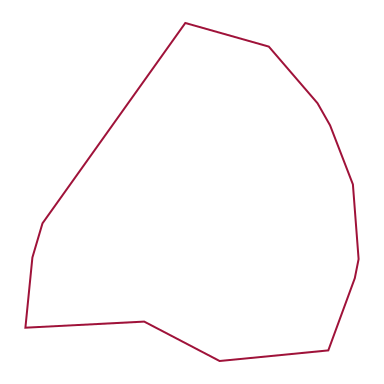 the Municipality of Tabor
{"feature_id": "SVN-240", "entity_name": "Tabor", "entity_type": "Municipality", "adm_level": 1, "iso_a3": "SVN", "parent_name": "Slovenia", "parent_adm1": "", "projection": "robinson", "projection_center": [15.017, 46.225], "detail": "fine", "context": "isolated", "style": "outline", "palette": "rose", "viewbox_px": 384, "rotation_deg": 0, "n_neighbors": 0, "source": "natural_earth", "source_scale": "10m", "svg_char_len": 289}
<svg xmlns="http://www.w3.org/2000/svg" viewBox="0 0 384 384"><path d="M25.4,327.7L32.4,257.5L42.5,223.3L185.3,23.0L268.8,46.6L317.5,103.2L330.1,125.4L352.9,184.4L358.6,259.1L354.8,278.2L328.3,350.4L219.6,361.0L144.2,321.6L25.4,327.7Z" fill="none" stroke="#9f1239" stroke-width="2"/></svg>